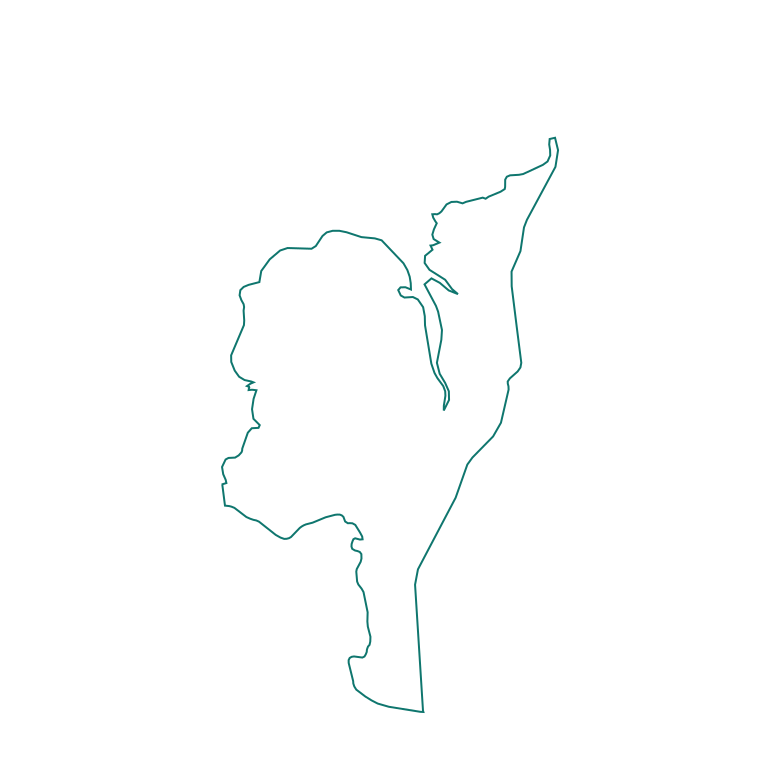 outline of Cacheu, rotated 114°
{"feature_id": "GNB-771", "entity_name": "Cacheu", "entity_type": "Region", "adm_level": 1, "iso_a3": "GNB", "parent_name": "Guinea-Bissau", "parent_adm1": "", "projection": "robinson", "projection_center": [-16.012, 12.221], "detail": "fine", "context": "isolated", "style": "outline", "palette": "teal", "viewbox_px": 768, "rotation_deg": 114, "n_neighbors": 0, "source": "natural_earth", "source_scale": "10m", "svg_char_len": 3150}
<svg xmlns="http://www.w3.org/2000/svg" viewBox="0 0 768 768"><g transform="rotate(114 384 384)"><path d="M539.5,277.6L554.7,274.0L666.4,215.6L667.6,214.6L668.7,217.5L676.9,248.3L678.5,259.8L678.1,266.7L677.1,273.9L674.5,285.0L672.4,288.1L670.1,290.2L668.0,291.3L653.2,302.8L650.6,304.0L648.2,303.9L646.4,302.6L645.1,300.6L642.7,292.5L640.9,291.0L638.4,290.7L635.8,290.8L633.8,291.5L632.4,291.7L630.3,291.8L628.2,291.1L624.8,291.8L620.4,293.6L612.2,300.1L607.7,302.6L599.2,306.1L582.4,318.1L580.1,321.2L577.6,325.9L575.4,328.2L566.7,333.0L564.2,333.6L555.9,333.0L552.6,333.6L548.6,335.5L547.3,337.8L547.4,340.3L547.9,342.8L547.5,346.0L545.7,347.6L543.3,348.5L540.4,348.8L538.2,348.8L536.7,347.6L535.9,342.7L534.6,340.4L532.2,341.9L529.5,345.4L524.4,352.9L524.1,356.2L525.0,358.6L525.9,360.4L525.4,363.6L521.9,367.0L521.2,369.1L521.3,371.3L522.2,373.4L523.4,375.5L529.5,383.1L539.7,392.8L544.0,398.2L545.7,399.8L547.6,401.2L549.7,402.4L561.6,406.7L563.5,408.1L565.0,410.0L566.1,412.2L566.4,416.1L565.9,421.5L560.6,442.2L560.6,445.2L561.2,448.0L561.5,451.4L561.5,455.6L558.0,470.3L558.1,473.5L558.5,475.8L559.8,479.8L542.0,490.6L541.6,491.0L541.8,491.4L538.6,487.7L536.0,489.6L531.8,494.2L525.7,498.2L517.4,498.0L514.8,496.0L511.8,490.1L508.3,487.7L504.4,486.4L502.6,486.5L500.7,487.2L483.9,488.6L478.2,486.8L475.1,480.8L472.1,480.8L468.9,489.1L460.7,494.3L450.6,497.1L441.6,498.0L442.7,501.6L443.4,503.1L444.6,505.2L443.1,505.6L442.1,505.6L441.5,506.1L441.6,508.3L438.0,506.1L435.6,503.9L435.7,506.2L437.1,513.0L436.3,519.3L432.5,525.8L426.0,532.5L420.0,535.3L387.2,535.9L382.9,537.5L374.1,542.1L370.6,543.1L368.2,544.7L365.4,548.4L361.7,552.0L356.7,553.4L352.4,551.7L348.5,548.0L341.6,539.3L330.7,542.1L316.6,539.1L304.3,533.2L299.0,527.4L289.9,505.2L285.7,502.4L273.8,500.4L268.8,498.0L265.0,493.3L262.2,487.1L260.6,479.9L259.0,464.4L254.7,451.6L253.7,444.6L265.8,415.3L270.4,409.0L275.5,404.2L281.0,400.6L286.7,397.8L286.9,403.8L289.0,408.2L292.4,409.2L296.3,404.7L296.7,400.5L292.8,393.0L293.0,387.5L297.9,379.5L305.5,374.3L313.7,370.4L346.2,349.0L353.4,342.3L356.9,337.6L361.8,329.0L365.8,325.1L369.8,323.1L379.5,320.5L383.9,318.6L372.1,318.1L364.3,321.8L358.2,328.5L352.0,337.3L343.1,344.3L320.3,349.6L311.1,353.0L295.9,364.0L291.5,368.3L276.5,387.5L268.2,383.6L268.9,374.2L272.2,362.9L271.8,353.0L269.6,360.5L263.9,370.5L261.2,388.9L256.9,396.1L250.2,398.6L241.6,394.3L238.6,397.8L237.3,395.6L232.3,390.9L231.4,397.6L227.9,400.6L222.4,401.3L215.7,401.2L214.6,403.1L212.0,406.7L209.3,408.9L208.1,406.6L207.4,404.5L205.5,402.9L203.0,401.7L194.5,399.9L190.3,396.5L187.8,391.5L187.0,385.7L184.2,383.1L173.6,369.6L173.4,366.5L170.3,364.6L160.9,355.7L156.8,353.0L154.7,353.5L148.0,356.4L144.7,356.1L142.1,353.7L138.0,345.8L135.6,342.3L119.2,328.0L114.2,325.1L107.6,325.1L102.6,327.5L98.0,330.5L92.8,332.3L89.5,327.9L99.6,320.1L115.9,315.7L175.9,320.2L184.0,319.8L207.1,313.4L229.4,313.2L242.8,307.1L278.3,285.7L308.8,267.2L313.4,266.1L318.2,267.0L327.7,271.3L331.4,272.0L333.4,271.0L335.4,269.4L338.4,267.9L371.8,261.4L387.5,263.0L415.2,273.3L423.7,275.1L458.8,272.3L463.2,272.6L539.5,277.6Z" fill="none" stroke="#0f766e" stroke-width="2"/></g></svg>